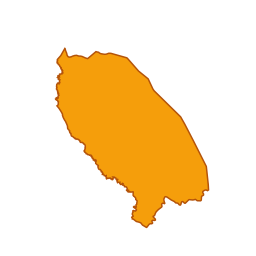 Ou Ya Dav, Rôtânôkiri, Cambodia (Robinson projection), rotated 336°
{"feature_id": "14789045B92198168751109", "entity_name": "Ou Ya Dav", "entity_type": "district", "adm_level": 2, "iso_a3": "KHM", "parent_name": "Cambodia", "parent_adm1": "Rôtânôkiri", "projection": "robinson", "projection_center": [107.357, 13.558], "detail": "fine", "context": "isolated", "style": "filled", "palette": "amber", "viewbox_px": 256, "rotation_deg": 336, "n_neighbors": 0, "source": "geoboundaries", "source_scale": "gbopen_adm2", "svg_char_len": 5609}
<svg xmlns="http://www.w3.org/2000/svg" viewBox="0 0 256 256"><g transform="rotate(336 128 128)"><path d="M176.4,217.3L178.3,212.3L183.9,195.0L182.5,166.0L181.4,147.5L180.6,139.2L167.0,104.7L166.6,102.6L166.4,91.3L160.8,80.3L155.7,63.8L155.1,63.1L142.7,52.8L140.8,51.9L138.1,51.7L136.7,51.2L135.4,50.4L133.6,49.2L132.5,48.1L132.0,46.9L130.2,45.6L129.8,45.2L119.4,48.2L117.8,46.9L115.2,44.0L114.0,43.1L112.2,42.2L110.6,40.7L108.8,40.1L106.3,39.8L105.5,39.9L103.8,39.6L102.9,39.2L102.3,38.5L102.1,37.8L102.0,36.6L102.4,34.5L102.4,32.4L102.8,29.8L102.7,29.6L96.1,34.5L91.3,36.7L91.2,37.0L91.2,37.7L91.0,37.9L90.6,37.9L90.4,38.2L90.3,38.6L89.8,39.4L89.7,39.7L90.0,40.2L90.3,40.0L90.2,41.7L90.7,42.1L90.7,42.6L90.9,42.8L90.9,43.6L90.8,43.9L91.1,44.7L91.0,45.5L91.3,45.5L91.5,45.8L91.4,46.1L91.0,46.6L90.9,47.1L91.5,47.8L91.2,48.4L91.5,48.8L90.9,49.0L91.0,49.4L90.9,49.9L91.1,50.1L90.9,51.1L90.6,51.0L90.4,50.8L90.1,51.2L90.0,50.9L89.7,51.2L89.6,51.4L89.5,51.6L88.2,51.2L87.9,51.4L87.5,51.1L87.4,51.4L86.9,51.6L86.9,51.9L86.3,51.9L86.2,53.0L85.3,52.1L85.2,52.6L84.7,52.7L84.7,53.5L84.4,53.5L85.0,54.1L84.6,54.5L85.1,54.6L85.0,54.9L84.4,55.3L84.7,55.9L85.3,56.3L84.8,56.7L84.4,57.6L84.1,58.0L84.2,58.8L83.9,59.0L83.1,58.7L83.1,59.1L82.9,59.4L82.8,59.1L82.3,58.4L81.8,58.5L81.6,58.9L80.8,59.1L80.2,59.8L79.9,60.8L79.6,61.0L79.6,62.0L79.3,62.1L79.1,62.6L78.9,62.6L78.5,63.4L78.8,63.9L78.6,64.4L79.0,65.0L78.5,65.9L78.8,66.9L78.1,67.2L78.0,67.5L78.1,67.8L78.3,67.8L78.6,68.6L78.4,68.8L77.9,68.8L77.8,69.1L78.0,69.3L78.1,70.1L77.6,70.2L77.3,70.5L77.2,70.5L76.6,71.3L76.3,71.3L76.6,71.8L76.2,72.3L75.9,72.2L75.9,71.9L75.4,72.1L75.2,71.5L74.7,71.3L74.1,72.1L73.6,72.1L73.6,72.4L73.9,72.7L73.9,73.1L74.2,73.6L74.8,73.9L74.8,75.3L74.9,75.6L75.1,75.6L75.1,75.9L74.5,76.5L74.0,78.0L73.7,78.1L73.0,78.8L72.1,78.9L72.9,81.7L73.5,85.3L73.8,88.6L73.3,89.8L73.1,92.3L73.3,95.1L73.6,96.5L73.6,100.6L73.3,102.3L72.8,103.4L72.7,104.3L73.3,106.1L73.2,106.7L73.5,107.0L73.2,107.5L73.0,108.2L73.1,109.1L73.2,109.3L73.5,109.5L73.6,110.0L73.2,110.8L73.1,112.3L74.0,113.3L74.8,115.1L75.1,115.3L75.2,115.8L75.4,115.8L75.3,116.2L75.8,116.5L76.0,117.2L76.9,117.2L77.4,117.7L77.8,118.3L78.1,118.3L78.4,118.7L78.5,119.7L78.9,120.1L78.9,120.3L78.7,120.4L78.6,120.8L78.6,121.3L78.8,121.7L79.0,122.0L80.4,122.6L81.0,123.7L80.9,124.0L81.2,124.4L81.1,124.6L81.7,125.3L81.8,126.5L81.5,127.5L80.9,128.2L80.8,128.5L81.0,128.6L81.0,128.8L80.6,129.3L80.4,129.3L80.0,130.0L79.2,130.6L79.2,130.8L78.7,130.9L78.5,131.3L78.8,131.8L78.6,132.3L78.8,132.7L79.0,132.8L79.0,133.0L79.3,133.4L79.2,133.6L79.3,133.9L79.4,134.1L79.4,134.7L80.0,134.9L80.4,135.6L80.5,136.1L81.4,136.5L81.8,137.3L82.1,137.4L82.5,137.4L83.1,137.7L83.4,138.5L82.8,139.0L83.3,139.5L83.5,139.9L83.1,140.2L83.0,140.6L83.3,141.3L83.8,141.6L83.3,143.0L83.7,143.3L83.9,143.9L84.9,143.4L85.0,143.5L84.8,144.0L84.5,144.4L84.6,144.7L85.6,144.6L85.5,145.2L85.3,145.4L84.8,145.0L84.6,145.1L84.7,146.0L84.3,146.7L84.1,147.2L84.9,149.2L85.5,150.0L85.5,150.5L84.7,151.2L84.7,151.9L84.6,152.2L84.5,153.5L85.1,154.5L85.8,154.7L86.1,156.3L85.7,157.0L85.8,157.2L86.4,157.3L86.5,157.5L86.4,158.2L86.7,159.1L86.4,159.4L85.7,159.7L85.7,160.0L86.2,160.1L86.9,160.7L86.9,161.9L88.2,162.7L88.7,162.7L88.6,162.9L88.0,163.1L87.9,163.5L88.3,164.5L87.7,165.2L87.7,165.7L88.8,165.7L89.4,166.0L90.5,166.0L91.1,166.7L91.7,166.7L91.8,167.0L91.7,167.2L91.7,167.7L92.4,168.1L92.5,168.8L93.0,168.9L93.4,168.7L93.4,167.9L94.7,167.8L94.8,167.6L94.5,166.8L95.5,167.3L95.8,167.7L96.0,168.4L96.5,168.7L96.5,169.4L96.3,170.1L97.7,170.7L97.7,170.9L97.3,171.2L96.9,171.7L96.4,171.7L96.3,172.2L96.5,173.2L96.2,173.4L96.2,173.7L97.5,173.7L98.1,174.3L98.5,174.4L97.9,175.1L97.9,175.3L98.3,176.1L98.2,176.5L98.5,176.7L99.4,176.8L100.4,176.3L100.7,176.6L100.9,176.8L100.7,177.1L99.9,177.8L100.0,178.1L100.8,178.5L101.0,178.9L101.1,179.4L100.9,180.2L101.5,180.6L102.1,180.8L102.6,181.3L102.7,183.0L102.6,183.3L102.0,183.9L102.1,184.2L102.9,184.9L102.5,185.1L102.3,185.0L101.6,184.3L101.4,184.2L101.3,184.4L101.9,185.5L102.0,186.3L103.0,187.0L103.2,186.8L103.1,186.5L103.2,186.3L103.8,186.7L104.4,187.7L106.6,188.3L106.7,188.6L105.3,191.6L105.5,192.7L105.9,193.1L106.5,195.2L106.0,196.5L106.7,198.1L106.3,199.0L105.4,200.3L105.0,201.2L104.0,201.5L103.8,201.8L103.5,203.5L103.1,203.7L102.8,203.5L102.4,203.1L101.9,202.1L101.4,202.1L100.9,202.4L100.9,202.7L102.0,204.5L102.4,205.5L102.5,206.0L102.4,206.3L101.1,206.9L100.3,206.4L99.4,205.6L98.7,205.7L98.2,207.1L97.6,207.4L96.9,208.3L96.8,208.7L96.9,210.0L96.8,210.7L95.4,210.9L95.0,211.3L95.3,212.4L95.0,212.9L95.6,213.2L96.0,213.8L97.6,216.8L99.4,218.2L101.0,219.7L101.8,222.6L103.9,225.6L104.4,226.3L104.7,226.4L108.1,224.6L108.6,224.5L109.7,224.6L110.4,225.0L111.2,225.1L111.8,224.8L111.9,224.4L111.8,223.2L112.1,222.6L112.5,222.4L113.0,222.4L114.8,223.3L115.3,223.3L115.6,223.2L115.9,222.4L114.9,219.7L114.9,219.2L115.1,218.9L116.6,218.8L118.6,216.8L119.7,216.0L122.5,214.9L126.6,213.9L127.2,213.3L127.6,211.6L127.9,211.2L128.5,210.9L129.0,210.8L129.7,211.1L130.4,211.9L131.0,211.7L131.2,209.4L131.7,207.8L132.0,207.3L133.6,206.0L134.1,205.9L135.0,206.4L135.7,207.2L138.2,211.3L140.4,214.0L141.1,215.8L142.4,216.6L143.0,217.1L143.6,219.1L144.3,219.6L144.6,219.7L145.1,219.4L146.5,217.7L147.1,217.3L148.1,217.5L148.5,218.1L149.0,219.6L149.8,220.0L154.3,218.3L154.7,218.3L157.9,220.1L159.4,220.5L160.2,220.5L160.6,220.7L161.7,222.6L164.6,224.0L165.3,223.9L165.7,223.5L167.2,220.7L167.7,220.3L169.5,220.1L169.8,219.9L170.2,218.9L170.0,217.3L170.4,216.6L170.8,216.4L171.9,216.1L173.3,216.1L174.1,216.3L175.2,217.6L176.4,217.3Z" fill="#f59e0b" stroke="#b45309" stroke-width="1.5"/></g></svg>